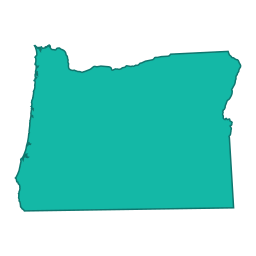 the border of Oregon
{"feature_id": "USA-3525", "entity_name": "Oregon", "entity_type": "State", "adm_level": 1, "iso_a3": "USA", "parent_name": "United States of America", "parent_adm1": "", "projection": "orthographic", "projection_center": [-121.855, 44.128], "detail": "fine", "context": "isolated", "style": "filled", "palette": "teal", "viewbox_px": 256, "rotation_deg": 0, "n_neighbors": 0, "source": "natural_earth", "source_scale": "10m", "svg_char_len": 5465}
<svg xmlns="http://www.w3.org/2000/svg" viewBox="0 0 256 256"><path d="M17.6,174.3L19.1,170.5L19.8,167.0L20.0,166.8L20.0,166.1L21.0,161.4L20.8,160.0L20.7,159.6L21.4,158.4L21.9,158.3L22.4,158.0L22.8,158.1L22.8,158.5L22.8,159.5L23.1,160.0L23.3,158.9L23.2,158.5L23.3,157.9L23.6,157.6L24.0,157.3L24.3,156.4L25.0,155.5L25.6,155.3L25.9,155.2L26.0,155.6L26.0,156.8L26.1,157.2L27.1,157.4L27.8,157.5L28.2,157.2L27.3,157.0L26.9,156.6L26.7,155.4L26.3,155.0L26.3,154.5L26.6,154.2L26.3,154.2L25.6,154.3L25.4,154.8L24.3,155.3L24.1,156.0L22.9,157.6L22.6,157.5L23.7,155.4L25.6,150.4L26.0,148.9L26.5,146.2L26.7,145.9L27.5,145.6L28.1,144.6L28.3,144.1L28.5,143.7L28.6,143.2L28.8,143.2L28.9,143.4L29.2,144.1L29.4,144.3L30.4,144.4L30.5,144.1L30.1,144.1L29.6,143.8L28.9,142.6L28.3,142.7L28.0,143.1L27.9,143.8L27.6,144.6L27.1,145.1L26.7,145.2L27.6,142.1L28.4,137.4L28.8,133.5L28.9,133.2L29.3,133.0L29.4,132.6L29.1,131.6L29.1,131.1L29.8,125.4L29.8,123.1L30.1,121.6L29.9,120.8L30.3,120.0L30.8,116.8L31.4,116.1L31.7,116.0L32.2,116.6L32.7,116.9L32.5,115.7L31.8,115.3L30.9,116.1L31.0,114.8L30.9,113.4L31.6,109.0L32.1,108.6L32.5,108.7L33.1,109.5L33.1,109.1L33.3,108.8L33.2,108.5L32.9,108.4L32.7,108.6L32.1,108.2L31.5,108.7L31.4,108.6L31.8,107.4L31.8,106.9L31.7,106.6L31.3,106.5L31.5,106.3L31.6,105.9L31.9,104.5L31.9,103.7L31.7,103.0L31.5,102.5L31.8,101.4L31.8,100.7L32.1,100.1L32.4,99.3L32.7,98.6L32.8,97.5L33.2,97.1L33.2,96.6L33.0,96.3L33.3,95.1L33.7,92.1L33.4,91.7L33.5,91.3L33.8,90.6L34.3,89.7L34.8,87.8L34.9,85.8L34.7,85.4L35.0,83.7L35.2,82.1L34.9,80.9L34.5,80.7L34.1,80.6L34.1,80.4L34.7,80.2L34.9,79.7L35.1,78.5L35.4,77.6L35.5,77.7L35.3,79.1L35.7,78.6L36.1,78.0L36.5,77.6L35.5,76.9L35.1,76.2L35.1,74.5L35.5,73.7L35.6,72.4L35.8,72.1L35.8,73.3L36.0,74.3L36.5,74.5L36.7,75.0L37.3,75.3L37.2,75.0L37.5,74.4L37.4,73.6L37.2,73.4L37.1,72.8L37.2,72.0L36.4,72.2L35.5,71.3L36.0,69.6L36.1,68.5L36.7,68.0L36.7,67.2L36.7,66.9L37.0,66.9L37.6,67.2L37.8,67.1L38.0,66.6L37.6,66.8L37.3,66.7L37.0,66.2L36.8,66.3L36.7,66.6L36.4,66.8L36.3,67.7L36.2,68.0L36.2,66.5L36.1,65.5L36.0,65.1L35.6,64.8L35.4,64.4L35.5,64.1L35.3,64.0L35.1,64.1L35.1,63.8L35.5,63.3L35.5,62.7L35.8,62.0L35.9,59.7L35.8,58.8L35.6,57.9L35.0,57.2L35.3,56.8L35.5,56.6L35.8,56.1L36.6,55.6L36.9,54.2L36.6,51.6L36.3,50.1L35.3,46.9L34.5,45.7L35.0,45.5L35.4,45.9L35.2,46.1L35.5,46.5L35.9,46.5L36.4,46.8L37.1,47.3L37.3,47.7L37.6,47.8L37.7,48.2L38.6,48.6L39.5,48.5L39.9,49.1L40.0,49.9L40.0,50.4L40.4,50.9L40.4,49.3L41.0,49.5L41.0,49.3L40.2,48.3L40.0,48.2L39.3,48.1L38.8,47.8L38.7,47.5L38.9,47.4L39.9,47.5L40.5,47.3L41.4,46.9L42.4,48.3L43.0,48.3L45.5,47.7L45.9,47.5L45.3,47.3L45.3,47.0L45.7,46.8L46.4,46.9L47.5,46.2L47.6,45.9L48.1,45.8L49.0,46.1L49.3,46.6L50.3,47.3L50.5,48.2L51.6,49.4L53.2,49.7L54.0,49.6L54.6,49.9L55.1,50.0L55.8,49.8L56.5,48.8L57.2,48.2L59.1,48.0L59.6,48.1L60.0,48.5L61.3,49.4L62.1,49.6L63.0,50.0L63.8,50.5L64.5,51.1L65.0,51.7L65.5,52.5L65.8,53.4L66.1,54.9L67.2,56.2L67.4,56.9L67.6,58.6L68.1,60.0L67.9,61.5L67.9,62.4L68.5,63.5L68.6,63.9L68.4,65.5L68.5,67.0L68.7,67.9L68.9,68.6L69.4,69.1L70.1,69.6L70.7,70.0L72.9,70.5L74.0,70.2L74.4,70.2L75.3,70.7L76.7,71.1L77.5,71.5L79.8,71.6L82.0,72.4L82.5,72.3L83.0,72.0L85.0,71.4L89.9,69.5L91.0,68.8L92.9,67.2L94.0,66.5L94.8,66.4L96.9,66.8L100.9,66.1L109.0,66.8L110.3,67.3L110.9,67.7L111.8,69.8L112.2,70.2L112.9,70.1L115.4,68.9L116.4,69.1L117.3,69.0L118.0,69.2L119.2,69.4L120.9,68.9L122.3,67.8L124.2,67.4L125.5,66.9L125.6,66.6L125.8,66.3L126.5,65.8L126.8,65.8L130.9,66.5L131.2,66.5L132.1,66.1L133.5,66.3L133.8,66.3L135.8,65.2L137.0,65.4L137.5,65.3L138.2,65.0L138.9,64.5L139.7,63.6L140.2,63.2L141.5,63.0L145.4,61.2L152.8,59.7L153.9,58.8L154.7,57.7L155.1,57.5L155.8,57.4L157.7,57.4L161.4,56.6L168.2,56.2L169.5,55.6L170.6,54.2L228.1,51.4L228.5,52.7L229.4,54.9L231.2,56.5L231.8,57.5L233.7,57.9L234.6,58.7L236.3,59.6L237.4,59.8L238.2,60.5L238.6,61.3L239.2,62.8L240.3,64.7L240.6,65.4L240.6,66.3L240.5,67.0L240.1,67.6L239.3,68.9L238.8,70.3L238.7,71.5L237.5,73.2L237.2,74.6L236.3,75.8L236.0,76.5L235.9,77.3L236.0,78.9L235.4,80.3L235.1,82.7L234.6,84.3L231.8,89.4L231.7,89.8L231.8,90.2L232.2,90.8L232.2,91.6L232.0,93.5L231.8,94.2L231.3,95.6L229.9,98.2L229.1,99.2L227.5,100.4L227.0,101.1L226.8,101.7L226.1,103.7L225.5,105.1L225.2,106.0L225.1,107.5L224.8,108.2L224.5,108.9L224.2,109.4L223.6,109.7L223.3,109.9L223.3,110.4L222.7,111.2L223.1,112.2L222.7,113.7L222.6,114.6L222.8,115.1L223.2,115.8L223.3,116.3L223.2,117.7L223.4,118.4L223.9,118.9L225.0,119.6L225.7,118.6L226.1,118.4L226.4,118.5L227.1,119.5L227.7,119.6L229.3,119.0L229.6,119.2L229.7,119.5L229.8,120.4L230.1,120.9L230.2,121.1L231.4,121.7L232.0,122.2L232.1,122.6L231.8,123.3L231.8,124.3L231.7,124.7L231.5,125.1L231.2,125.3L230.4,125.4L230.2,125.7L230.2,126.4L231.0,127.6L231.3,128.5L231.3,128.9L231.0,130.0L230.9,131.6L230.6,132.9L230.6,133.8L230.3,134.7L230.0,135.2L229.4,135.8L229.0,136.4L229.3,137.3L229.4,138.1L233.6,207.8L24.5,210.9L24.5,210.7L23.9,210.2L22.8,209.1L22.3,209.0L21.1,207.2L20.7,207.0L20.5,206.4L20.6,205.6L20.3,204.9L20.4,203.9L20.1,203.1L20.0,202.2L19.6,201.4L19.1,201.0L19.2,199.2L18.6,197.9L18.7,197.1L18.8,196.6L18.8,195.2L18.9,194.3L18.5,193.6L19.0,193.0L19.1,191.6L19.6,190.5L20.0,188.6L19.9,187.9L19.8,187.5L19.9,186.7L19.5,184.9L19.2,184.5L18.4,183.9L18.1,183.2L17.9,182.2L17.4,181.9L17.0,181.9L16.7,181.4L16.3,179.2L16.1,178.7L15.8,178.4L15.4,178.0L15.9,177.6L17.6,174.3ZM49.1,45.1L49.4,45.1L50.1,45.9L50.3,46.5L50.2,46.8L49.5,46.3L49.2,45.8L49.1,45.3L49.1,45.1Z" fill="#14b8a6" stroke="#0f766e" stroke-width="1.5"/></svg>